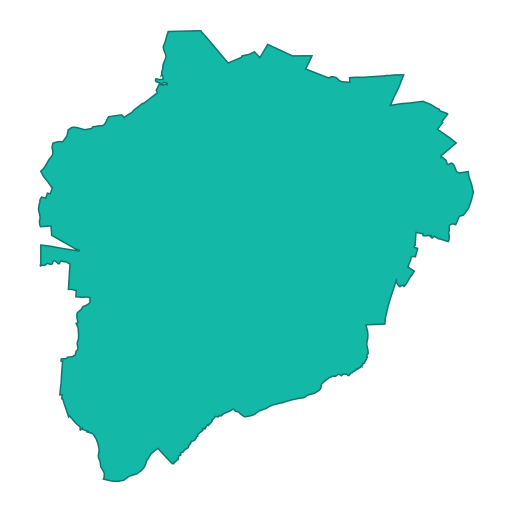 outline of IP, Salaj, Romania
{"feature_id": "2599482B12205021786957", "entity_name": "IP", "entity_type": "district", "adm_level": 2, "iso_a3": "ROU", "parent_name": "Romania", "parent_adm1": "Salaj", "projection": "orthographic", "projection_center": [22.621, 47.222], "detail": "fine", "context": "isolated", "style": "filled", "palette": "teal", "viewbox_px": 512, "rotation_deg": 0, "n_neighbors": 0, "source": "geoboundaries", "source_scale": "gbopen_adm2", "svg_char_len": 5896}
<svg xmlns="http://www.w3.org/2000/svg" viewBox="0 0 512 512"><path d="M282.2,402.9L283.9,402.1L292.0,399.8L300.0,398.1L302.9,397.9L305.5,396.9L306.9,395.4L314.6,393.2L318.8,390.6L320.6,388.8L321.6,384.0L324.1,381.6L329.6,377.4L330.6,377.3L332.4,376.1L335.3,376.4L338.3,374.3L339.5,374.6L341.4,375.7L343.1,374.1L344.3,374.0L346.8,374.4L348.3,375.6L349.1,375.4L350.8,373.1L352.4,372.7L352.9,371.9L355.8,370.3L356.0,369.4L356.7,368.6L357.6,369.2L358.1,368.9L358.3,368.3L360.0,367.7L360.5,367.1L360.5,366.5L360.9,366.3L361.8,366.7L361.6,366.0L362.7,364.8L362.6,363.7L364.3,363.2L365.9,359.8L366.5,359.6L366.6,358.1L367.3,357.5L367.3,356.7L366.7,355.6L367.0,354.8L368.2,353.5L367.9,350.0L366.7,344.5L366.9,343.2L366.8,342.6L367.2,341.6L366.9,340.6L367.5,339.7L367.8,337.6L367.9,334.3L367.6,331.2L366.1,325.6L366.2,324.8L384.8,324.1L385.5,317.4L388.2,305.9L390.8,297.1L396.4,280.1L396.6,280.6L396.2,282.5L397.4,283.8L399.0,286.1L399.9,286.8L400.8,285.9L402.9,285.3L404.0,286.5L404.4,286.2L404.3,285.7L404.6,285.2L405.5,285.0L406.6,283.3L410.9,275.8L411.1,276.0L411.6,275.4L414.3,271.2L407.9,266.9L410.5,260.3L411.2,257.0L412.6,256.5L415.4,256.8L417.6,248.4L414.2,247.2L414.6,245.4L415.1,245.3L416.0,232.4L423.0,233.8L422.8,235.1L423.2,235.6L424.1,235.9L427.4,235.7L428.0,235.2L428.3,235.5L429.4,235.6L430.0,236.3L430.4,236.2L430.7,235.5L431.5,235.4L431.5,236.2L431.1,237.4L431.3,237.7L432.5,237.9L434.5,236.3L438.4,238.8L440.1,239.0L448.2,241.6L448.9,240.2L449.1,238.0L449.2,235.5L448.6,233.0L449.3,230.2L449.2,226.3L449.4,225.6L449.8,225.0L452.0,224.0L453.7,224.0L455.7,224.7L459.3,216.3L463.5,215.1L468.4,208.6L471.1,201.2L473.5,191.9L472.8,189.9L471.6,184.3L468.7,175.9L468.3,171.5L459.3,173.0L457.2,172.1L456.3,171.0L454.2,165.6L453.2,164.2L452.0,163.2L451.1,163.2L448.6,164.4L447.2,164.2L446.6,161.8L445.4,159.5L444.6,159.2L442.3,157.2L441.2,157.3L441.1,155.8L456.2,143.0L450.5,138.4L437.5,129.3L442.7,122.6L441.9,121.6L447.7,114.1L447.2,113.5L440.1,110.9L439.1,109.1L436.0,107.8L431.0,104.6L423.0,101.3L410.8,102.9L401.5,103.6L390.4,105.4L394.6,95.7L398.5,88.2L403.7,74.9L394.6,74.9L389.4,75.5L386.8,75.4L384.1,75.9L363.4,77.3L354.9,77.3L349.6,77.7L349.8,82.3L341.9,81.7L339.3,80.6L336.9,78.1L336.1,77.6L333.5,76.8L331.4,76.6L328.8,78.0L305.6,69.0L309.4,61.5L312.0,55.8L292.5,55.9L267.7,44.4L259.9,57.7L254.4,51.8L249.1,54.4L242.3,55.8L241.8,56.1L241.8,56.8L240.7,57.7L228.1,63.0L205.9,36.7L201.4,31.8L200.8,30.7L168.5,31.5L168.2,31.6L167.0,35.2L165.2,41.6L163.2,46.8L163.7,49.6L165.6,54.4L165.9,56.7L165.8,57.6L163.0,65.0L162.7,68.6L161.7,72.4L161.6,72.9L162.0,73.6L161.2,75.7L162.1,75.2L162.9,75.9L162.8,76.6L163.3,78.8L162.9,79.3L159.7,79.6L156.1,78.7L155.5,79.6L155.5,80.6L156.0,81.6L160.0,83.1L160.5,83.7L162.7,84.0L163.3,82.4L164.9,82.5L167.2,83.2L167.2,84.7L164.9,84.3L163.1,85.3L162.4,84.8L161.4,84.9L159.3,84.2L156.3,90.2L156.7,91.3L157.2,91.7L157.3,92.5L157.0,93.1L143.2,103.7L142.5,103.4L133.3,110.6L131.9,112.5L128.0,114.7L124.8,116.9L124.2,117.7L121.9,115.1L121.3,114.9L108.8,116.7L108.0,117.6L105.3,123.2L103.5,125.3L100.8,125.9L98.4,125.8L95.7,126.5L93.0,126.6L92.2,127.8L91.2,128.7L87.7,129.1L86.6,129.5L84.2,129.6L77.1,127.6L73.8,127.2L71.8,127.4L68.2,129.9L67.1,135.5L64.8,139.0L62.8,141.5L62.3,141.8L60.5,141.6L57.4,141.8L53.3,143.0L52.8,143.4L52.0,147.5L52.9,151.5L52.6,154.9L49.0,159.6L44.6,167.1L43.1,169.1L40.7,171.3L44.2,177.5L47.0,180.6L51.4,187.0L52.4,187.7L50.2,193.8L47.4,193.1L45.7,198.2L41.7,197.1L40.7,198.3L40.2,199.4L39.9,200.6L39.9,202.8L39.5,203.2L39.0,205.2L38.5,209.3L40.0,216.4L40.0,218.9L39.3,221.7L39.6,222.1L39.6,224.2L40.5,226.7L51.0,225.9L51.7,235.3L75.6,249.0L79.4,250.3L79.2,250.9L78.8,251.0L62.6,248.5L50.4,246.2L40.8,245.0L40.8,262.6L40.6,264.4L40.3,265.2L40.5,266.0L42.3,265.2L44.8,265.4L46.8,263.7L47.8,263.3L49.8,264.3L52.0,264.1L52.4,263.7L52.9,261.7L53.3,261.2L54.3,260.7L55.3,261.0L58.3,263.8L59.5,263.6L60.4,261.3L61.5,261.0L64.1,261.9L64.9,261.6L66.6,262.0L68.8,263.6L70.0,263.8L68.4,289.4L72.2,289.5L76.2,290.5L75.9,296.8L83.2,297.3L87.0,297.0L89.9,297.6L90.0,300.2L90.0,302.5L89.7,302.9L87.5,304.6L84.7,306.0L83.1,306.4L80.5,310.4L79.9,310.6L78.4,311.8L77.0,313.3L76.9,317.7L78.0,322.6L76.1,323.3L78.1,327.7L78.6,335.2L78.4,339.2L77.2,342.7L77.3,344.6L78.0,348.1L77.5,349.8L76.3,351.0L76.0,351.7L75.1,355.4L73.9,355.7L72.6,356.6L67.5,357.2L66.9,358.2L66.1,358.6L61.2,358.9L61.1,361.1L62.6,361.1L61.5,375.1L61.1,383.9L60.8,385.1L59.8,394.9L62.2,394.7L61.8,397.9L61.9,399.0L63.1,399.4L63.6,402.0L68.7,417.0L69.6,416.0L75.8,423.2L80.2,427.0L80.3,427.5L80.0,428.8L80.2,430.0L80.5,430.1L82.4,428.0L82.7,429.4L87.9,431.3L87.2,431.9L91.7,433.3L93.1,434.1L96.1,438.7L98.0,443.9L99.0,448.5L99.1,450.3L98.3,456.0L98.7,458.4L100.1,461.4L100.8,467.0L102.8,470.1L104.1,472.8L104.3,474.0L104.1,477.5L103.4,479.1L111.2,480.9L114.0,481.3L118.8,481.2L123.8,480.2L129.2,476.2L137.0,473.8L141.5,470.4L143.6,468.0L144.5,466.7L145.8,463.8L146.7,460.5L148.0,458.9L151.0,453.9L155.2,450.3L158.1,448.4L159.8,450.5L172.1,463.6L173.8,463.7L174.2,461.9L175.6,461.8L176.6,460.3L177.9,459.8L178.3,458.8L178.5,456.0L180.7,455.2L180.9,454.8L180.4,452.8L181.9,452.5L183.4,451.7L184.1,450.4L185.2,449.4L187.7,448.2L188.5,447.1L188.6,445.5L189.4,445.0L189.8,444.0L190.5,443.9L191.0,442.0L191.5,441.4L194.3,440.5L196.2,438.2L196.4,437.1L196.7,436.7L197.6,436.4L197.9,436.0L197.5,435.1L197.6,434.6L199.1,433.5L200.1,432.3L201.3,431.7L202.8,430.4L202.8,428.6L204.8,429.0L205.2,428.6L205.5,426.8L206.3,426.8L206.3,426.3L207.5,424.7L208.3,425.5L208.6,425.4L209.4,424.1L211.2,422.6L212.0,421.4L212.2,421.1L212.0,420.2L213.2,419.1L213.5,418.4L214.5,418.0L214.8,417.0L215.6,416.4L218.2,416.9L219.2,415.8L221.0,415.9L223.4,413.7L229.7,411.2L233.4,408.9L235.4,411.2L238.4,411.9L241.6,414.9L244.3,416.6L245.3,416.8L248.7,416.2L252.3,415.3L254.7,414.3L258.6,411.2L266.3,408.4L268.3,407.0L272.9,404.9L281.5,402.8L282.2,402.9Z" fill="#14b8a6" stroke="#0f766e" stroke-width="1.5"/></svg>